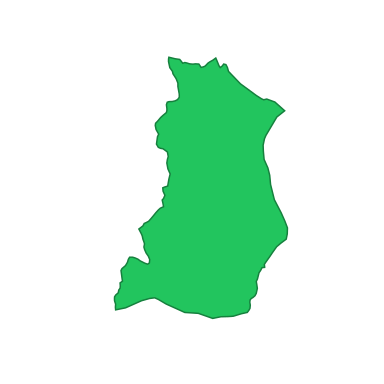 Papar, Sabah, Malaysia (Robinson projection), rotated 156°
{"feature_id": "92858781B69342492648863", "entity_name": "Papar", "entity_type": "district", "adm_level": 2, "iso_a3": "MYS", "parent_name": "Malaysia", "parent_adm1": "Sabah", "projection": "robinson", "projection_center": [116.051, 5.607], "detail": "fine", "context": "isolated", "style": "filled", "palette": "green", "viewbox_px": 384, "rotation_deg": 156, "n_neighbors": 0, "source": "geoboundaries", "source_scale": "gbopen_adm2", "svg_char_len": 2388}
<svg xmlns="http://www.w3.org/2000/svg" viewBox="0 0 384 384"><g transform="rotate(156 192 192)"><path d="M161.3,307.7L160.4,301.9L160.6,297.2L162.0,294.0L162.9,290.4L163.8,286.7L165.1,283.7L167.6,282.3L170.3,282.1L173.3,282.7L176.2,283.9L178.1,284.1L179.9,282.1L181.0,278.4L181.7,276.8L183.1,275.0L187.3,273.8L190.3,272.8L194.8,270.6L197.3,269.6L198.5,267.7L199.4,263.7L198.9,258.4L201.0,256.6L205.0,250.2L204.6,246.5L203.0,244.7L200.9,243.3L198.2,238.6L199.3,234.0L201.2,231.8L203.2,228.7L204.6,222.9L204.6,217.4L208.0,213.0L211.8,207.3L215.2,207.7L217.0,207.7L218.1,204.5L218.1,200.0L220.7,197.6L222.5,196.8L223.2,193.2L224.0,190.1L227.5,190.1L230.0,189.3L233.6,187.7L236.7,186.1L240.4,184.3L243.5,182.9L246.3,182.7L248.5,182.7L250.6,181.0L255.6,179.8L255.3,174.8L255.3,172.2L256.0,168.9L256.2,165.9L256.5,163.9L258.3,161.3L258.7,158.6L258.7,154.8L258.0,151.2L258.1,147.5L259.8,144.5L261.9,144.1L264.2,146.3L265.8,148.3L267.3,150.1L268.7,152.6L270.9,155.0L272.8,156.6L275.5,157.8L277.5,156.4L279.6,154.0L282.7,151.8L287.1,150.5L288.8,149.1L291.1,141.3L291.8,138.8L294.7,138.2L295.7,135.4L296.8,133.4L298.8,132.2L300.4,129.9L303.6,128.9L305.4,127.7L306.3,125.9L307.0,124.1L307.4,120.6L308.8,118.0L309.7,115.4L299.8,113.2L293.8,113.2L282.3,113.2L274.1,112.0L269.1,110.5L266.4,107.5L261.2,100.2L251.3,89.1L247.6,84.9L235.6,78.6L224.5,68.1L216.4,66.3L209.6,63.5L206.4,62.3L204.6,61.7L199.6,61.1L196.4,60.7L190.5,59.5L188.3,60.7L186.4,62.1L184.8,64.9L184.0,67.9L182.8,69.8L181.2,70.6L179.4,70.8L176.7,71.6L174.6,73.2L171.5,77.4L170.4,81.3L169.7,84.1L167.6,85.9L163.6,91.0L161.3,92.4L158.8,94.4L156.3,93.6L155.9,94.6L155.4,96.4L153.6,97.6L147.0,101.5L143.5,103.7L136.9,107.6L131.7,109.1L125.1,110.6L122.0,115.0L119.4,120.4L119.0,127.8L119.0,136.7L119.9,151.5L117.2,166.8L114.2,175.7L112.9,183.1L112.9,192.4L110.2,200.3L108.0,205.8L104.1,211.2L101.5,213.6L84.0,226.0L74.3,228.5L79.7,240.5L85.9,246.5L89.0,247.1L90.6,248.9L92.4,251.6L94.0,254.0L103.8,271.2L109.6,287.3L109.0,291.4L109.2,294.6L111.0,296.0L113.1,294.8L115.6,294.2L116.0,296.4L115.8,302.7L115.8,304.7L119.6,303.9L122.3,303.7L124.8,303.3L128.7,301.7L130.7,301.7L133.0,302.1L133.7,306.1L136.8,307.7L139.1,308.4L142.0,310.0L144.3,312.0L145.9,313.2L148.1,313.4L148.8,316.4L149.3,318.1L153.1,320.5L158.3,324.5L159.3,323.1L160.4,320.7L161.7,314.6L160.8,310.2L161.3,307.7Z" fill="#22c55e" stroke="#15803d" stroke-width="1.5"/></g></svg>